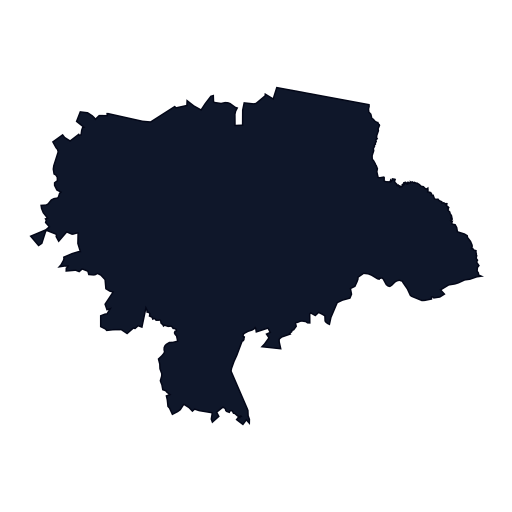 the district of Galeras, Sucre, Colombia
{"feature_id": "7082276B66426156140474", "entity_name": "Galeras", "entity_type": "district", "adm_level": 2, "iso_a3": "COL", "parent_name": "Colombia", "parent_adm1": "Sucre", "projection": "mercator", "projection_center": [-74.96, 9.119], "detail": "fine", "context": "isolated", "style": "filled", "palette": "ink", "viewbox_px": 512, "rotation_deg": 0, "n_neighbors": 0, "source": "geoboundaries", "source_scale": "gbopen_adm2", "svg_char_len": 6043}
<svg xmlns="http://www.w3.org/2000/svg" viewBox="0 0 512 512"><path d="M369.0,104.7L276.8,87.6L273.2,99.0L265.3,94.2L265.2,95.8L256.0,103.5L253.5,103.9L244.2,102.9L242.7,110.1L242.6,125.2L235.0,125.5L234.9,114.2L235.6,111.1L237.2,108.0L235.3,107.4L230.1,103.6L227.9,102.8L225.2,102.6L221.1,103.5L214.4,102.5L213.5,101.7L213.3,95.6L210.9,96.3L205.3,103.6L201.1,110.0L193.9,106.0L187.1,100.7L186.9,105.5L176.0,107.9L174.7,106.6L150.6,122.0L142.5,121.3L108.0,113.6L107.1,113.6L107.3,115.7L99.2,115.6L95.4,119.3L94.2,117.7L92.2,115.8L87.6,112.8L80.3,111.9L76.6,121.4L83.9,127.2L82.6,127.6L81.7,130.2L81.1,134.8L79.2,135.4L78.7,134.4L70.1,141.0L64.6,137.5L62.6,134.9L52.9,141.9L56.1,147.7L57.6,149.5L58.2,151.9L53.8,165.7L53.3,169.1L54.1,174.0L55.8,174.9L57.3,177.2L57.4,180.7L54.6,182.8L54.6,185.4L56.9,190.0L61.0,192.1L59.6,193.4L58.5,196.9L57.6,198.1L54.1,198.6L51.4,199.9L48.1,204.0L46.1,205.1L41.1,205.4L41.6,208.5L43.3,212.7L47.6,218.1L45.5,218.9L46.3,220.1L45.6,222.5L49.4,226.8L45.7,229.9L30.7,236.2L38.6,245.5L41.8,243.3L45.8,230.8L47.4,230.7L56.0,234.1L56.5,235.2L56.2,236.6L58.7,241.2L66.7,231.9L71.9,234.1L73.0,234.1L77.3,232.9L78.1,233.1L77.9,243.5L80.4,251.6L78.5,251.7L72.2,253.6L63.8,257.2L64.0,258.6L63.5,260.4L61.0,264.9L59.3,266.8L64.5,266.0L68.1,266.1L67.8,267.0L66.3,268.2L66.2,271.0L75.6,270.2L79.2,271.6L82.1,269.0L82.8,269.2L87.9,271.2L88.8,274.5L93.6,274.9L95.1,274.7L97.5,273.4L100.9,275.1L105.1,279.6L105.9,288.7L109.8,291.1L113.2,292.0L105.1,304.2L107.0,309.7L110.3,308.6L107.0,314.0L105.1,314.1L100.7,315.8L100.7,326.6L105.5,329.0L106.7,330.4L113.1,329.7L121.3,329.6L127.1,333.5L133.4,328.0L135.0,328.5L138.1,325.7L141.9,327.1L145.9,307.8L146.9,309.8L147.1,312.1L148.7,312.3L149.9,313.7L149.5,316.0L152.1,317.2L152.8,319.1L154.0,318.5L155.1,318.9L156.1,320.2L158.5,320.2L159.7,319.8L160.8,321.1L161.0,323.0L163.0,324.9L163.5,326.0L164.6,325.2L168.2,326.4L171.0,326.1L172.1,326.8L173.1,328.4L175.2,328.7L176.3,329.6L176.4,330.9L175.0,331.4L174.5,332.9L175.2,334.4L176.6,335.9L177.7,341.2L172.9,342.4L169.4,342.5L166.4,344.3L165.1,345.6L164.2,347.6L164.1,349.9L164.6,351.7L163.9,353.4L161.8,355.9L158.5,359.0L159.8,364.1L160.0,368.8L161.8,373.7L161.7,376.1L160.4,380.6L160.7,381.8L161.9,384.7L162.8,389.7L165.7,390.7L166.9,392.2L170.0,394.6L166.4,395.9L167.3,399.8L168.0,406.4L169.5,408.0L172.4,414.3L177.6,411.6L180.2,409.7L183.6,404.5L184.2,404.5L189.1,407.6L192.4,411.1L194.6,409.1L199.2,410.6L211.9,412.7L212.2,412.9L212.1,414.3L211.3,419.1L212.4,422.1L218.8,416.4L216.6,412.2L222.9,407.1L223.1,407.6L224.0,407.6L225.3,408.6L225.8,410.5L226.7,411.4L229.3,412.3L229.8,410.9L231.3,410.6L232.4,411.0L233.5,413.2L234.9,413.5L237.5,415.9L239.4,416.7L240.8,415.9L241.2,416.4L240.8,416.4L239.9,417.6L238.3,417.4L236.6,419.6L242.9,424.4L246.3,419.8L249.3,423.1L249.4,419.4L248.1,415.7L247.9,410.5L247.1,408.4L231.0,371.1L231.5,368.4L234.0,361.4L236.7,355.5L241.6,342.4L242.6,340.4L243.3,340.6L243.9,339.5L243.9,338.4L244.2,337.8L243.8,337.5L244.2,336.9L242.8,335.9L243.6,334.1L242.7,334.2L248.0,331.3L252.1,330.0L254.2,328.8L255.1,327.5L255.7,328.3L256.3,331.9L268.0,328.1L270.3,332.4L266.5,334.1L269.0,337.8L264.5,344.1L262.0,346.7L280.7,348.7L279.2,342.0L279.1,339.7L279.6,338.7L281.7,337.0L290.1,334.1L289.5,333.5L291.8,331.6L291.6,330.5L293.6,329.8L296.2,326.3L295.5,323.2L296.2,322.4L297.4,322.4L300.2,321.2L302.0,321.0L305.9,321.6L307.5,322.8L309.8,322.9L309.7,313.9L310.7,312.9L315.3,315.5L318.6,312.4L322.4,314.3L324.9,315.8L325.1,320.9L325.6,321.8L327.5,323.4L329.4,324.3L330.9,317.4L337.2,302.6L342.5,300.1L349.9,298.1L351.5,294.2L350.4,288.5L354.9,286.3L357.0,281.7L357.9,279.2L358.0,277.2L363.6,273.3L368.2,273.8L371.5,275.1L377.6,278.8L379.0,279.1L378.9,278.5L381.9,277.9L383.2,278.9L386.3,284.6L388.1,286.0L389.8,286.4L391.7,285.2L394.9,282.0L396.7,280.9L399.3,280.2L402.6,281.3L402.9,282.4L407.4,288.9L410.4,295.4L411.7,296.3L421.9,300.5L424.6,300.4L431.5,299.0L431.6,296.8L432.7,296.8L433.8,297.9L439.8,297.0L444.4,294.1L440.5,289.9L448.7,284.9L454.9,283.9L458.4,282.8L464.7,279.9L469.9,279.2L476.8,276.8L481.3,276.2L478.6,275.0L478.4,273.0L477.1,271.1L477.4,267.5L478.9,265.6L476.7,262.4L476.8,261.5L477.5,260.2L476.1,258.3L476.7,255.7L476.1,255.3L476.4,254.1L475.9,252.1L476.0,250.7L473.6,250.0L472.6,248.3L471.5,248.6L471.6,247.2L472.2,246.3L472.0,245.0L470.5,241.4L467.5,237.5L467.2,235.7L464.4,234.0L457.4,231.8L456.7,227.6L455.1,224.7L452.2,224.2L451.7,222.9L452.3,221.3L451.0,221.2L450.6,220.7L452.2,219.2L452.1,218.7L451.2,218.7L450.9,218.3L451.0,217.6L451.8,217.3L451.4,215.5L450.0,213.5L449.8,212.1L447.8,210.2L448.4,209.0L447.9,208.2L448.7,207.6L448.3,207.0L447.3,206.7L447.1,206.0L446.2,205.3L447.0,203.8L446.8,203.6L445.1,203.9L444.6,203.2L443.5,202.8L442.1,203.1L441.8,201.8L439.1,200.6L438.0,199.2L435.7,199.4L434.4,198.7L433.1,195.2L431.4,195.1L431.5,193.8L430.6,192.5L429.7,192.7L429.2,192.1L427.6,191.9L428.0,190.2L427.8,188.2L426.8,189.0L425.2,188.6L423.4,186.7L421.1,186.3L419.4,184.6L417.0,183.1L416.0,183.2L414.6,182.4L414.1,183.0L412.3,181.9L410.9,182.3L410.5,182.0L410.6,182.9L409.8,183.3L408.6,182.4L407.8,183.1L407.9,184.0L407.2,184.2L407.0,182.7L406.3,183.4L405.6,182.8L404.8,183.7L405.0,182.4L403.8,182.8L403.9,183.6L402.4,184.6L403.0,185.3L402.5,186.0L401.3,186.2L401.6,186.8L399.9,187.3L400.0,186.3L399.4,185.8L398.4,185.9L398.2,185.1L397.2,185.5L396.9,184.4L395.0,182.5L394.6,181.7L394.7,180.4L395.2,179.7L395.0,179.3L392.5,178.9L392.6,180.2L391.9,180.5L391.0,180.0L391.3,181.5L390.9,181.8L390.4,180.9L389.9,181.9L386.3,181.8L384.6,181.3L384.1,180.7L384.2,177.6L383.8,177.1L379.7,177.8L378.1,177.5L376.8,171.7L377.4,168.7L376.1,165.4L375.6,165.1L375.2,163.7L373.4,160.5L372.7,159.9L372.2,158.7L372.1,155.6L373.7,150.7L373.3,148.5L374.5,146.4L374.3,145.1L375.4,144.2L375.3,142.9L376.2,141.6L375.8,139.8L377.2,138.7L376.5,137.5L376.8,135.3L378.4,130.7L378.1,128.8L379.5,125.3L379.2,124.6L378.5,124.2L377.8,122.5L377.0,122.5L374.7,121.1L373.4,119.4L371.8,118.4L370.8,114.2L368.8,112.1L368.5,109.0L369.1,106.4L369.0,104.7Z" fill="#0f172a" stroke="#020617" stroke-width="1.5"/></svg>